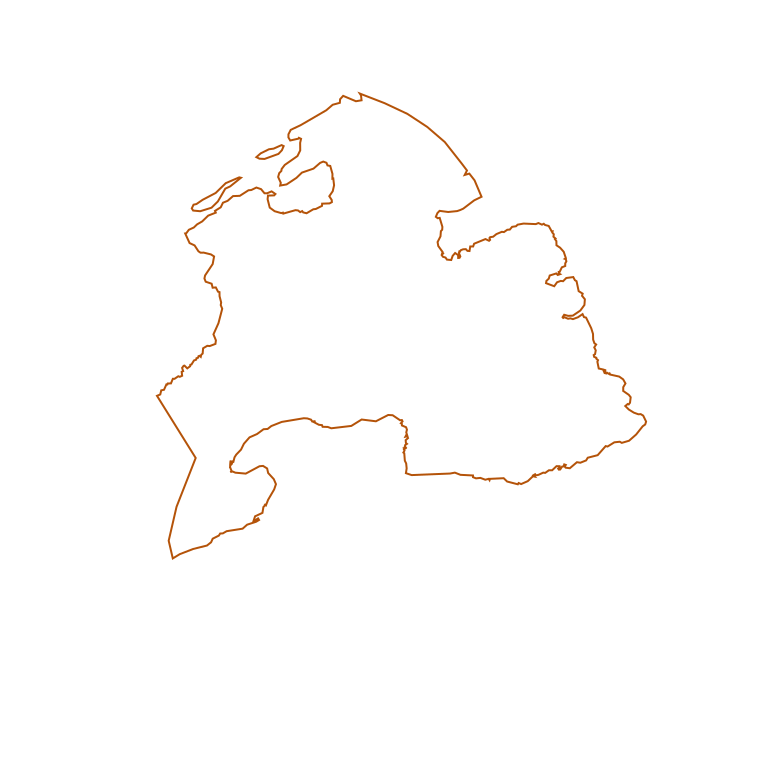 Buton, Sulawesi Tenggara, Indonesia (Albers equal-area conic projection), rotated 27°
{"feature_id": "22746128B86741169633217", "entity_name": "Buton", "entity_type": "district", "adm_level": 2, "iso_a3": "IDN", "parent_name": "Indonesia", "parent_adm1": "Sulawesi Tenggara", "projection": "albers", "projection_center": [122.919, -5.369], "detail": "fine", "context": "isolated", "style": "outline", "palette": "amber", "viewbox_px": 768, "rotation_deg": 27, "n_neighbors": 0, "source": "geoboundaries", "source_scale": "gbopen_adm2", "svg_char_len": 6169}
<svg xmlns="http://www.w3.org/2000/svg" viewBox="0 0 768 768"><g transform="rotate(27 384 384)"><path d="M385.9,172.9L372.2,161.4L364.5,157.8L361.0,161.1L361.0,156.1L353.4,152.4L328.3,140.8L305.7,135.3L282.2,132.7L257.1,133.5L230.6,136.2L232.5,137.3L235.2,141.4L230.6,144.8L216.8,145.8L215.6,150.2L217.0,153.5L211.5,158.5L208.3,166.3L192.1,191.4L185.5,199.9L185.5,204.9L186.9,207.7L189.9,209.6L196.4,204.2L196.4,203.3L198.8,203.2L199.8,207.2L203.3,213.9L203.4,220.2L196.1,233.9L195.2,238.9L195.8,240.8L194.9,243.7L195.7,247.6L200.7,251.6L201.4,254.3L206.6,250.4L212.4,240.1L214.9,232.9L223.4,224.1L226.7,216.0L228.9,213.4L232.3,213.0L234.4,214.9L237.1,214.1L242.7,220.2L244.8,224.5L245.5,223.9L249.3,229.6L250.8,235.5L250.0,241.5L253.9,243.8L255.0,245.6L253.5,247.8L247.0,251.4L247.9,253.4L243.8,259.0L241.7,260.4L237.5,267.0L234.1,267.8L232.6,267.1L231.3,268.9L228.6,268.4L226.2,269.3L216.9,277.9L216.2,277.2L214.8,278.4L208.1,279.7L202.1,278.7L196.4,272.2L195.1,268.8L200.5,265.8L201.0,264.0L196.4,263.4L193.2,267.2L190.9,268.3L186.0,266.2L181.1,266.9L177.7,271.4L175.3,272.9L170.1,281.8L164.2,285.1L161.5,291.8L158.2,295.6L158.3,300.7L154.8,306.5L156.3,307.7L150.9,313.8L148.2,321.7L145.0,326.6L143.5,330.9L140.1,335.2L139.4,339.4L138.5,340.1L146.8,346.7L152.3,346.5L158.4,350.0L160.9,350.3L163.7,348.8L171.0,347.1L174.7,347.5L176.9,354.9L175.3,368.5L176.1,371.5L178.7,373.8L184.9,372.9L187.6,376.0L190.3,374.3L194.2,377.1L195.7,376.8L197.6,380.4L201.9,385.3L202.7,387.8L205.7,390.4L208.9,405.0L209.5,417.2L214.4,421.4L215.6,424.8L211.5,429.3L209.2,430.2L206.6,434.3L208.6,439.2L207.9,440.9L208.4,443.0L206.9,442.6L206.1,443.4L206.4,445.0L205.2,446.2L205.6,447.6L204.0,449.3L203.6,454.0L202.7,454.8L203.2,456.2L201.6,459.4L197.9,458.2L197.2,458.8L196.8,461.3L199.2,463.7L198.2,465.0L200.4,468.3L198.8,470.3L197.2,470.5L195.0,474.5L193.5,475.2L193.9,480.2L191.1,481.7L191.2,482.8L190.3,483.1L190.6,489.0L188.4,490.8L189.4,494.9L187.1,497.6L249.8,535.4L254.9,587.6L263.3,621.4L275.0,635.3L279.3,628.3L288.9,617.6L299.6,608.3L301.8,603.5L301.6,599.6L305.7,594.0L305.9,591.6L308.2,590.3L310.6,586.6L323.7,577.1L325.9,571.5L332.6,564.8L334.4,561.9L332.8,560.9L330.0,565.8L329.2,560.4L334.2,554.0L332.4,548.4L333.2,545.7L331.9,545.3L333.9,545.7L333.3,539.8L334.0,527.8L333.2,522.3L329.0,518.8L321.2,515.9L318.2,512.3L313.4,511.9L310.4,513.8L301.5,526.6L291.8,530.5L288.8,530.7L287.1,532.2L287.7,530.7L284.7,528.1L283.6,525.8L282.4,522.9L282.2,521.7L284.0,526.4L284.7,524.3L284.2,521.8L285.1,521.7L284.1,517.2L284.4,514.0L286.4,507.4L286.3,500.8L288.4,492.6L293.6,486.2L297.2,479.0L300.7,476.9L302.7,472.6L310.1,464.2L328.1,450.9L331.3,449.5L335.2,448.9L337.1,450.0L339.8,448.2L338.5,449.8L344.5,449.9L347.4,448.8L348.7,450.0L353.4,447.8L357.1,447.4L373.9,436.2L380.2,425.8L393.7,420.9L401.8,409.7L405.9,407.9L414.8,409.0L416.3,408.0L417.5,408.9L416.9,411.3L417.9,411.3L418.8,412.8L423.3,412.5L425.2,414.3L425.8,417.0L428.3,419.6L427.0,419.3L427.0,421.2L428.5,419.9L429.9,421.4L428.8,424.2L430.3,426.6L431.6,426.9L430.6,428.7L430.9,430.2L432.0,430.6L431.1,431.7L432.2,431.8L431.3,433.1L432.5,434.0L432.4,436.3L433.5,436.5L437.4,442.9L439.8,444.7L442.5,448.9L444.0,453.5L450.0,452.6L483.5,433.8L487.4,430.8L493.4,430.2L504.8,425.1L505.6,426.6L508.8,426.3L512.5,423.9L517.7,423.3L520.3,421.0L521.7,421.8L521.5,420.4L533.4,413.6L538.0,415.0L548.8,412.6L548.9,411.1L551.6,410.9L556.2,405.3L558.6,398.6L560.0,398.2L558.4,397.7L559.6,395.8L560.8,396.5L562.9,394.8L566.1,390.7L568.0,390.0L570.1,386.0L573.0,384.5L575.0,378.9L577.8,377.5L578.6,378.4L577.6,380.3L578.7,380.9L579.8,380.2L580.2,376.7L581.4,375.9L581.1,373.8L582.7,373.6L582.5,375.5L583.8,376.1L587.8,374.7L591.4,366.1L594.7,365.0L598.8,360.3L599.0,357.2L606.7,350.4L609.7,338.7L611.6,338.2L615.7,331.4L620.3,328.4L622.6,328.5L628.1,323.3L631.6,314.5L633.7,304.2L635.1,301.5L634.6,298.5L629.3,294.5L626.4,294.3L624.4,295.5L619.6,296.1L613.7,295.6L609.0,294.1L610.2,291.2L611.3,291.1L611.7,289.0L609.8,283.8L607.0,282.5L600.3,281.6L598.6,278.2L598.9,273.9L595.0,271.3L590.2,270.6L581.3,272.9L580.3,272.2L580.1,272.9L577.7,272.7L577.5,273.6L575.6,274.1L572.6,271.6L568.3,272.7L564.0,267.3L563.9,265.6L561.6,265.0L561.2,264.2L558.9,264.4L557.7,263.0L558.5,261.6L557.4,257.9L554.7,255.9L555.1,252.5L552.9,252.1L550.2,249.5L547.5,244.5L543.3,240.2L533.9,233.1L531.8,233.6L529.2,231.6L526.5,236.5L522.9,240.4L520.2,240.9L518.4,242.3L514.4,242.6L513.7,243.8L512.8,243.4L513.1,240.5L517.1,239.7L521.2,237.4L525.6,229.4L526.7,222.6L524.5,217.3L520.4,215.5L520.0,213.3L515.3,212.9L508.9,205.0L506.9,204.8L504.1,202.8L498.3,206.8L496.9,211.1L494.7,211.9L492.0,214.8L491.3,219.6L482.6,220.6L481.9,218.4L483.0,215.3L482.4,212.1L487.3,207.3L489.3,208.0L491.0,206.2L489.5,206.1L488.8,204.8L489.6,204.4L489.5,199.3L491.9,196.6L490.7,194.2L490.8,191.9L489.4,190.3L488.3,190.4L488.9,189.3L484.1,184.6L479.0,182.6L474.7,182.1L472.7,178.4L470.5,177.3L470.8,176.5L468.1,175.8L467.3,173.5L465.3,172.7L464.9,171.4L464.2,171.9L459.0,168.4L455.3,169.2L453.6,168.7L452.4,170.3L448.5,170.5L446.7,172.6L435.5,177.7L430.7,181.4L430.0,183.5L426.8,185.8L426.0,189.3L423.8,190.6L421.9,194.2L419.9,194.9L416.1,199.4L414.4,203.2L411.9,205.0L411.7,206.1L413.1,207.4L412.6,208.7L408.6,208.8L400.6,218.1L401.0,221.0L398.4,222.3L399.8,226.7L397.9,227.5L395.7,226.7L393.3,228.1L391.7,229.9L391.4,232.6L390.8,230.6L391.2,233.2L394.1,235.7L394.0,237.3L392.9,238.0L391.5,235.5L387.9,235.0L387.0,238.7L387.6,243.0L383.6,244.6L381.4,243.4L378.8,243.9L376.8,242.9L376.3,239.8L369.7,236.4L367.3,233.2L367.3,226.8L365.3,222.0L365.8,220.1L364.7,217.5L358.2,210.7L356.6,211.9L354.3,211.5L354.0,207.5L354.9,204.5L363.1,201.6L370.7,196.7L373.0,194.3L375.0,191.8L381.0,179.4L385.9,172.9ZM135.2,316.1L141.8,313.5L150.3,305.2L153.1,296.8L153.9,282.0L157.2,277.8L162.9,265.2L161.2,265.6L151.8,276.9L147.3,290.2L138.8,302.2L135.2,308.8L132.9,310.7L133.0,314.8L135.2,316.1ZM186.6,217.6L184.2,217.7L178.8,224.4L174.9,227.1L169.4,234.5L167.3,239.8L170.7,239.8L175.4,237.7L185.5,226.9L186.9,222.1L186.6,217.6ZM574.9,271.2L573.8,271.4L574.2,272.6L575.4,272.2L574.9,271.2ZM377.3,241.3L377.6,239.8L376.9,242.1L377.3,241.3Z" fill="none" stroke="#b45309" stroke-width="2"/></g></svg>